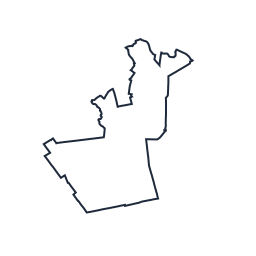 Chau Thanh A, Hau Giang, Vietnam, rotated 302°
{"feature_id": "81297802B94036559538482", "entity_name": "Chau Thanh A", "entity_type": "district", "adm_level": 2, "iso_a3": "VNM", "parent_name": "Vietnam", "parent_adm1": "Hau Giang", "projection": "natural_earth1", "projection_center": [105.675, 9.93], "detail": "fine", "context": "isolated", "style": "outline", "palette": "slate", "viewbox_px": 256, "rotation_deg": 302, "n_neighbors": 0, "source": "geoboundaries", "source_scale": "gbopen_adm2", "svg_char_len": 5742}
<svg xmlns="http://www.w3.org/2000/svg" viewBox="0 0 256 256"><g transform="rotate(302 128 128)"><path d="M194.9,83.4L194.8,83.6L194.9,84.2L194.8,84.7L194.7,85.2L194.6,85.8L194.5,86.2L194.3,86.9L194.2,86.9L193.9,87.0L193.5,87.3L192.8,88.0L191.4,89.2L190.8,89.8L190.4,90.5L189.8,92.0L189.6,92.6L189.1,94.7L188.7,95.5L188.6,95.8L188.4,96.0L188.1,96.5L186.9,98.6L186.5,99.3L186.1,98.8L185.9,98.7L185.5,99.2L184.4,100.2L184.3,100.3L183.2,100.3L182.6,100.2L182.1,100.1L181.4,100.0L180.7,100.1L180.1,100.1L179.3,100.0L178.5,99.7L178.4,101.1L178.2,103.5L178.1,104.4L175.8,104.3L173.4,104.1L172.5,104.2L170.9,103.7L170.2,103.4L169.8,103.8L170.1,105.6L164.5,107.3L163.4,107.8L163.2,107.9L161.2,108.8L157.4,110.5L158.5,113.3L156.9,113.5L156.6,114.7L155.0,113.6L154.5,114.1L150.4,118.5L149.3,117.3L148.6,116.5L148.0,115.9L147.8,115.6L146.1,113.9L143.6,111.0L142.5,109.9L141.8,109.1L141.3,108.7L140.7,108.3L140.5,108.0L143.5,105.1L145.8,102.8L150.6,97.7L153.1,94.4L152.8,94.2L152.1,93.7L151.1,93.2L149.9,92.7L148.7,92.3L148.4,92.2L148.0,92.0L147.5,92.1L147.2,92.1L146.5,92.1L143.5,92.1L141.4,92.2L141.1,92.3L140.9,92.4L140.2,92.1L140.8,88.3L140.9,88.1L140.7,87.6L140.6,87.2L139.4,86.7L137.4,85.7L135.6,85.1L134.1,84.7L133.7,84.4L133.2,83.8L132.9,83.1L132.7,82.8L132.4,82.7L132.2,82.7L131.9,83.2L131.7,83.3L131.3,83.3L131.0,83.1L130.4,83.8L130.3,84.2L130.1,84.8L130.0,85.1L129.9,85.4L130.0,85.9L130.1,86.3L130.4,86.6L130.8,87.1L130.8,87.4L130.8,88.3L130.7,88.8L130.5,89.5L130.2,90.0L130.0,90.4L129.6,90.8L129.5,91.1L129.6,91.3L129.8,91.6L129.8,91.9L129.5,93.8L129.3,94.1L129.0,94.4L128.5,94.7L128.3,94.8L127.9,94.9L127.8,95.0L127.9,95.5L127.9,95.8L127.8,96.0L127.4,96.4L127.0,97.0L126.5,97.7L126.2,97.9L125.8,98.2L125.4,98.2L124.8,98.0L124.6,98.0L124.3,98.1L124.0,98.2L123.7,98.6L123.7,99.1L123.6,99.7L123.3,99.9L122.9,100.0L121.7,100.1L121.3,100.0L121.0,99.8L120.7,99.5L120.3,98.8L120.0,98.6L119.5,98.5L119.2,98.6L118.8,98.9L118.5,99.5L118.4,100.1L118.2,100.5L117.8,100.7L117.5,100.8L117.2,100.9L116.3,101.8L116.2,102.1L116.1,102.9L115.8,103.8L115.7,104.3L115.8,105.0L115.9,106.0L115.9,106.3L115.6,106.9L115.5,107.3L115.5,108.1L115.3,108.4L115.1,108.6L113.8,109.3L110.2,111.1L107.3,112.4L90.3,91.4L82.4,81.5L77.7,75.8L77.1,75.3L77.3,75.0L79.4,69.9L77.2,69.2L77.3,68.9L76.7,68.6L70.7,65.6L69.7,65.1L67.8,69.7L66.9,72.1L65.7,75.1L60.1,72.2L58.0,77.8L57.7,78.5L55.8,83.2L55.4,84.6L54.9,85.9L54.5,86.8L53.8,88.6L52.7,91.2L51.4,94.6L50.2,97.5L54.4,99.5L49.6,106.0L50.1,106.6L49.7,107.6L48.4,110.6L45.6,117.9L42.6,117.0L39.7,124.0L39.9,124.3L39.2,126.1L38.0,128.9L36.8,132.4L34.5,137.8L37.2,140.8L40.5,144.3L43.4,147.4L44.9,148.8L50.4,154.8L55.3,160.0L56.9,161.7L57.7,162.5L58.1,162.8L59.7,164.6L61.2,166.1L60.4,166.8L62.7,169.1L68.2,174.6L68.8,175.2L70.3,176.8L71.0,177.4L71.6,177.7L72.4,178.4L73.2,179.0L73.5,179.4L76.3,182.4L77.7,183.9L78.5,184.8L79.8,186.2L81.5,187.9L81.9,188.4L84.1,190.9L85.0,189.9L88.0,186.9L88.7,186.0L92.2,182.2L93.1,181.2L95.9,178.3L98.6,175.3L100.5,173.3L101.5,172.1L103.1,170.3L105.2,168.0L107.1,165.9L109.1,164.3L109.4,164.1L114.8,160.0L115.9,159.0L117.6,157.7L118.8,156.7L120.4,155.4L121.6,154.5L123.3,153.1L128.1,149.3L132.3,156.4L133.7,158.7L134.2,159.1L135.5,159.6L136.8,160.1L137.1,160.2L143.5,161.0L144.3,161.1L144.4,160.9L144.5,160.6L144.7,160.4L145.0,160.2L145.3,160.0L145.4,160.3L145.6,160.7L145.8,161.1L145.9,161.4L146.5,161.0L146.8,160.7L147.0,160.4L147.2,160.1L147.3,159.8L148.0,159.6L149.6,159.1L150.3,158.6L152.9,156.9L153.9,156.4L156.3,154.9L157.4,154.3L159.7,153.0L164.1,150.2L164.5,150.0L167.9,147.9L171.2,145.8L173.5,144.2L173.8,144.2L174.6,144.3L176.2,144.5L176.5,144.5L176.9,144.4L177.4,144.2L178.4,143.6L180.9,142.2L182.0,141.6L184.8,139.9L185.7,139.5L189.0,137.5L192.4,135.4L193.3,134.8L197.2,136.9L199.4,138.0L199.8,138.3L200.6,138.7L203.0,139.9L206.1,141.5L207.2,142.1L211.7,144.4L215.5,146.3L217.3,145.4L217.7,145.9L218.2,146.4L219.1,146.9L219.5,147.0L219.6,144.5L219.7,144.3L220.3,143.2L220.6,142.6L220.9,141.8L221.1,140.9L221.2,139.7L221.4,139.2L221.5,138.2L221.5,137.7L220.7,131.5L220.6,130.4L220.4,129.0L220.4,128.0L220.1,127.6L219.7,127.8L219.1,127.6L218.6,127.8L218.0,127.7L217.8,127.8L217.7,127.9L217.6,128.0L217.3,127.9L216.7,128.7L215.9,129.3L215.6,129.4L215.4,129.4L215.1,129.6L214.9,129.8L214.7,129.9L214.5,130.0L214.0,129.9L213.8,129.9L213.6,129.8L213.2,129.6L213.0,129.3L212.7,129.3L212.3,129.4L211.3,127.5L211.0,127.0L210.9,126.7L210.6,126.1L210.6,125.5L210.6,124.7L211.2,123.8L211.4,123.4L211.7,122.7L211.8,122.1L211.8,121.7L211.6,121.3L211.4,120.9L211.0,120.4L210.6,119.7L210.0,118.8L209.7,118.3L209.5,117.7L209.5,117.4L209.5,117.0L209.7,116.7L209.9,116.5L210.3,116.0L210.5,115.9L209.9,116.1L209.1,116.5L206.7,117.4L205.0,118.2L204.3,118.5L202.0,119.5L199.6,120.6L198.5,121.1L198.2,121.2L197.9,121.4L198.3,120.2L198.7,118.7L199.1,117.2L199.4,116.3L200.2,114.0L204.3,112.4L204.0,110.1L205.0,107.4L205.2,106.9L205.7,105.7L205.8,105.6L208.3,102.9L209.4,101.7L209.8,101.1L210.2,100.7L210.3,100.4L210.4,100.0L210.8,99.3L210.9,98.9L211.0,98.5L211.1,98.1L211.0,97.6L211.0,97.1L210.8,96.7L210.7,96.4L210.2,94.3L210.0,93.3L209.9,92.4L210.0,92.1L210.1,91.6L209.3,91.0L207.2,89.4L207.0,89.1L206.8,88.9L206.4,88.6L206.0,88.3L205.9,88.3L205.7,88.3L205.5,88.5L205.3,88.8L205.0,88.9L204.8,89.1L204.6,89.5L204.3,89.6L204.1,89.6L203.9,89.5L203.6,89.4L203.4,89.3L203.2,89.1L203.0,88.9L202.8,88.8L202.5,88.6L202.1,88.4L201.9,88.3L201.3,88.4L201.1,88.4L200.8,88.2L200.6,88.1L200.1,88.5L199.9,88.5L199.8,88.4L199.6,88.1L199.6,87.6L199.5,87.4L199.4,87.2L199.2,87.1L198.9,86.9L198.8,86.7L198.7,86.5L198.6,86.3L198.5,86.2L198.3,86.1L198.2,86.0L198.1,85.8L198.1,85.7L197.8,85.4L197.4,85.0L197.1,84.8L196.8,84.6L196.5,84.4L196.0,84.1L195.4,83.7L194.9,83.4Z" fill="none" stroke="#1e293b" stroke-width="2"/></g></svg>